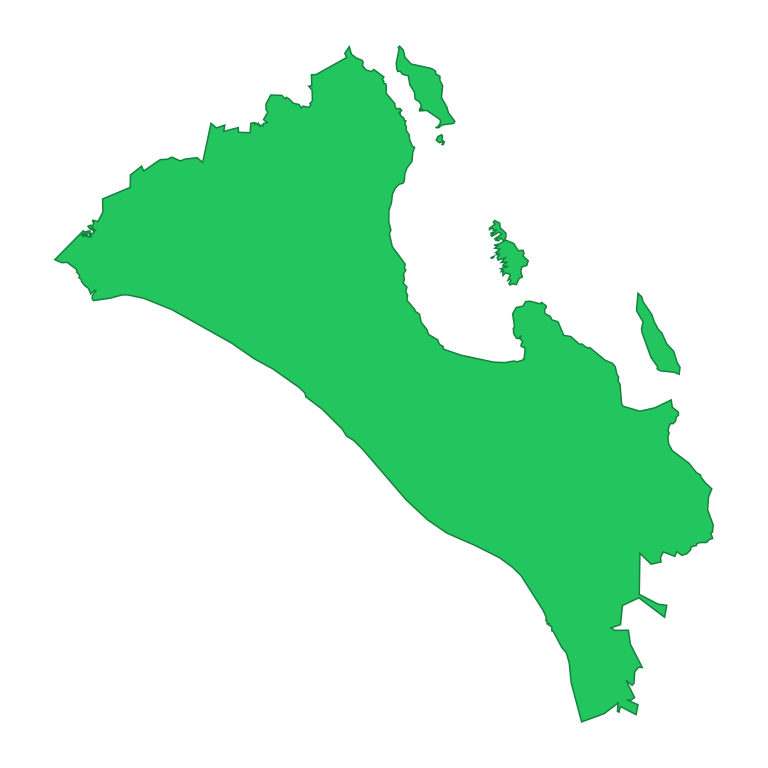 La Paz, Baja California Sur, Mexico
{"feature_id": "50627088B19134439985606", "entity_name": "La Paz", "entity_type": "district", "adm_level": 2, "iso_a3": "MEX", "parent_name": "Mexico", "parent_adm1": "Baja California Sur", "projection": "orthographic", "projection_center": [-110.497, 24.115], "detail": "fine", "context": "isolated", "style": "filled", "palette": "green", "viewbox_px": 768, "rotation_deg": 0, "n_neighbors": 0, "source": "geoboundaries", "source_scale": "gbopen_adm2", "svg_char_len": 6014}
<svg xmlns="http://www.w3.org/2000/svg" viewBox="0 0 768 768"><path d="M93.5,300.6L110.1,298.2L122.4,294.9L127.7,294.9L144.1,298.4L171.8,309.6L231.6,343.1L254.4,358.9L273.0,369.0L299.3,387.6L304.9,393.0L305.9,396.9L322.1,409.1L342.2,429.1L346.7,436.2L353.5,440.3L362.6,449.3L406.1,499.8L427.5,519.8L447.0,533.2L475.2,545.5L499.3,557.6L512.3,567.1L521.1,575.7L543.2,610.5L546.3,617.4L545.8,620.6L546.9,621.0L547.1,623.8L549.0,623.6L548.4,624.8L551.8,626.8L551.8,630.8L553.4,631.6L561.7,647.4L566.5,653.1L569.3,663.4L571.2,682.7L581.6,721.9L604.2,713.6L618.1,703.0L617.4,711.3L619.0,712.2L620.4,706.5L636.1,714.7L638.0,704.8L626.9,699.7L630.3,700.4L634.6,697.7L626.1,680.3L632.0,685.3L634.0,683.3L634.7,671.8L638.5,667.3L642.3,667.5L630.4,644.2L628.4,630.2L614.9,630.4L610.9,627.9L620.5,624.6L622.5,605.5L638.8,597.8L664.6,617.3L666.8,605.3L658.0,604.1L639.3,594.4L639.9,553.3L651.1,564.2L661.0,562.0L660.5,557.4L663.3,551.9L674.8,556.4L676.8,551.6L681.8,555.3L686.8,553.8L690.4,550.1L691.4,546.6L696.3,545.6L697.0,543.7L699.5,542.6L706.4,542.5L709.6,539.4L712.7,538.4L710.6,532.7L712.5,532.2L713.2,525.0L707.6,509.6L708.6,496.7L711.8,488.9L705.3,482.8L701.0,477.2L700.6,475.0L696.4,472.6L688.9,463.2L672.2,450.6L668.6,443.7L667.9,437.1L669.1,433.1L668.1,430.6L669.1,425.9L670.8,423.5L673.2,423.7L675.6,421.1L676.2,417.2L678.5,415.2L678.4,412.1L672.3,407.3L671.2,399.9L654.9,407.8L639.9,411.2L622.9,406.2L621.6,403.7L620.0,384.1L618.2,381.4L618.6,377.0L616.9,374.3L615.3,366.8L612.4,363.3L605.1,360.2L590.2,347.9L586.5,347.5L581.7,343.9L579.6,344.4L570.9,336.6L563.7,335.3L558.0,321.7L551.9,319.9L550.4,316.5L544.8,313.5L544.7,308.9L546.3,307.5L546.1,305.7L541.5,302.4L540.2,303.9L530.0,301.2L525.6,301.6L523.0,306.1L516.3,307.5L512.6,313.9L514.5,326.5L513.3,328.5L513.7,333.6L516.5,338.3L519.1,338.6L519.8,336.8L520.8,336.2L520.4,339.1L522.9,341.8L521.2,343.9L521.1,346.4L524.3,347.5L525.1,349.4L524.0,359.6L523.6,358.0L523.6,359.7L517.3,361.8L514.0,361.0L504.9,362.6L493.5,362.1L461.0,355.2L444.4,349.5L442.7,347.9L443.2,346.5L439.5,344.4L437.6,339.8L428.6,334.5L427.0,329.6L421.3,322.5L419.4,314.1L414.9,311.1L415.0,309.8L406.9,300.1L407.6,295.1L405.8,291.7L406.9,286.9L403.3,283.3L404.3,279.6L403.6,273.7L405.9,270.1L404.4,268.2L405.2,264.1L392.2,246.5L389.4,233.5L390.9,230.2L388.8,221.9L388.9,210.7L391.5,202.7L392.4,194.2L395.6,187.7L399.1,184.3L403.1,183.1L404.3,181.1L404.9,173.4L407.0,167.9L412.0,161.3L412.8,152.3L414.6,147.4L412.3,146.1L409.6,139.5L409.2,134.8L406.1,130.1L406.3,126.5L404.8,123.8L405.9,120.9L404.4,120.5L403.9,118.3L400.2,115.2L400.2,113.1L398.9,112.9L401.7,110.5L399.8,108.3L396.9,109.1L395.0,106.7L394.9,103.7L386.1,93.2L386.4,85.8L385.7,83.8L383.5,83.1L383.8,81.3L382.4,79.5L383.9,77.0L373.8,69.5L371.4,71.6L366.0,69.9L362.5,65.6L363.1,61.9L361.9,60.2L356.6,58.2L351.4,54.2L349.3,46.7L344.8,53.3L346.6,57.5L316.4,74.4L311.4,74.8L311.8,85.7L308.7,86.2L312.1,90.2L312.4,100.9L309.9,103.5L310.8,104.9L308.7,107.4L303.2,106.1L301.3,107.9L299.0,104.5L293.2,103.2L289.0,98.8L286.4,97.3L284.9,98.7L281.8,95.4L270.7,95.0L265.9,104.2L266.1,109.7L267.8,112.1L263.5,119.7L267.3,122.5L263.4,123.6L262.7,126.1L261.2,125.1L259.8,126.2L258.5,123.3L257.5,124.7L256.0,123.1L254.7,124.4L254.5,122.7L250.8,123.2L250.1,132.7L238.5,132.3L238.3,127.6L223.7,131.4L224.8,125.1L216.5,127.9L211.0,123.3L202.7,162.4L197.1,157.7L185.6,159.0L180.1,160.9L171.8,157.1L167.3,159.3L160.3,159.6L143.7,171.0L141.6,166.2L130.4,175.0L130.2,187.4L102.6,198.9L102.9,211.9L98.0,221.6L93.0,220.2L92.6,221.6L93.9,222.4L92.5,226.2L90.8,225.1L88.0,226.3L90.0,228.9L93.0,230.2L91.5,228.1L92.6,227.8L95.2,230.5L93.5,231.0L94.3,231.9L91.4,234.7L89.4,234.4L90.1,236.2L91.3,235.9L89.7,236.8L92.3,237.0L89.4,236.9L84.7,235.8L83.3,236.1L84.0,236.5L82.5,235.8L81.9,234.9L81.9,233.9L82.0,234.9L83.1,234.1L83.1,235.5L83.4,233.6L85.4,234.1L84.6,234.6L85.9,235.6L87.5,235.4L86.5,233.7L87.7,232.7L90.3,234.2L90.8,233.3L90.2,231.4L88.7,230.8L85.0,232.1L83.2,230.9L54.8,259.7L61.9,262.7L67.1,262.4L76.6,269.5L76.7,272.1L79.6,275.4L79.0,277.9L81.0,278.9L81.6,281.7L84.8,285.7L88.5,288.4L90.7,293.9L94.6,290.1L96.0,290.6L92.4,295.3L92.1,298.6L93.5,300.6ZM399.5,46.1L398.2,47.5L399.0,49.4L396.2,63.3L396.7,68.5L397.7,71.5L400.1,71.2L402.5,74.3L408.3,75.8L409.9,85.0L414.3,91.9L415.2,99.2L419.2,101.7L421.4,105.6L420.0,108.5L423.2,109.6L419.5,109.9L419.5,110.9L426.9,110.5L440.3,119.8L440.4,123.2L437.5,127.0L435.3,127.6L438.8,127.7L442.0,125.0L453.6,123.4L454.9,121.4L448.5,112.9L446.9,107.2L441.4,97.4L442.7,85.8L439.8,80.1L440.0,76.3L435.7,73.9L435.6,71.1L431.5,68.5L411.1,64.0L405.0,57.4L403.3,50.1L399.5,46.1ZM679.2,374.3L680.0,367.1L677.3,362.9L673.7,351.3L666.6,343.7L661.9,333.1L658.1,329.0L654.2,321.7L651.9,314.7L643.0,301.7L641.7,296.8L638.0,293.3L636.5,310.6L643.1,322.1L641.5,328.7L642.0,332.5L651.0,357.5L657.6,366.7L657.1,368.9L660.2,370.8L674.3,372.3L679.2,374.3ZM513.8,243.5L505.7,240.1L499.3,243.9L494.1,245.2L497.7,246.0L494.8,248.2L500.0,249.1L496.0,252.4L497.2,252.3L496.6,253.6L498.6,253.5L496.8,254.7L499.2,255.3L497.2,257.7L498.1,260.1L505.2,257.8L501.2,262.5L507.4,262.0L503.8,264.1L502.8,266.0L508.0,266.3L500.6,268.8L502.7,269.8L501.3,271.5L504.3,270.8L502.6,271.8L503.1,275.6L505.5,272.9L509.5,274.1L510.3,275.0L508.0,280.3L509.6,279.3L511.0,280.4L508.9,283.6L510.0,285.0L512.8,283.8L516.3,284.6L519.2,278.4L522.4,276.9L520.7,271.8L521.9,266.9L526.8,265.5L528.2,260.7L522.8,255.8L524.1,253.2L523.1,250.3L518.2,250.7L513.8,243.5ZM499.7,223.1L494.5,220.5L493.3,222.4L495.1,224.1L489.4,228.3L489.5,229.6L492.1,228.1L493.6,229.2L493.1,230.6L496.3,230.0L494.9,232.1L490.4,233.2L492.7,233.7L490.9,235.3L491.9,236.3L499.1,232.1L501.7,234.0L494.2,239.2L497.3,238.3L496.0,240.4L498.7,240.8L500.7,237.9L503.8,241.1L506.0,236.9L505.9,233.2L500.2,227.7L499.7,223.1ZM442.6,136.0L441.4,134.8L438.0,136.6L436.2,140.1L439.3,142.7L442.2,141.9L443.0,143.4L442.0,144.3L442.9,144.8L444.4,142.0L441.9,139.8L442.6,136.0ZM494.2,256.2L491.1,257.6L491.3,258.3L493.4,257.7L494.2,256.2Z" fill="#22c55e" stroke="#15803d" stroke-width="1.5"/></svg>